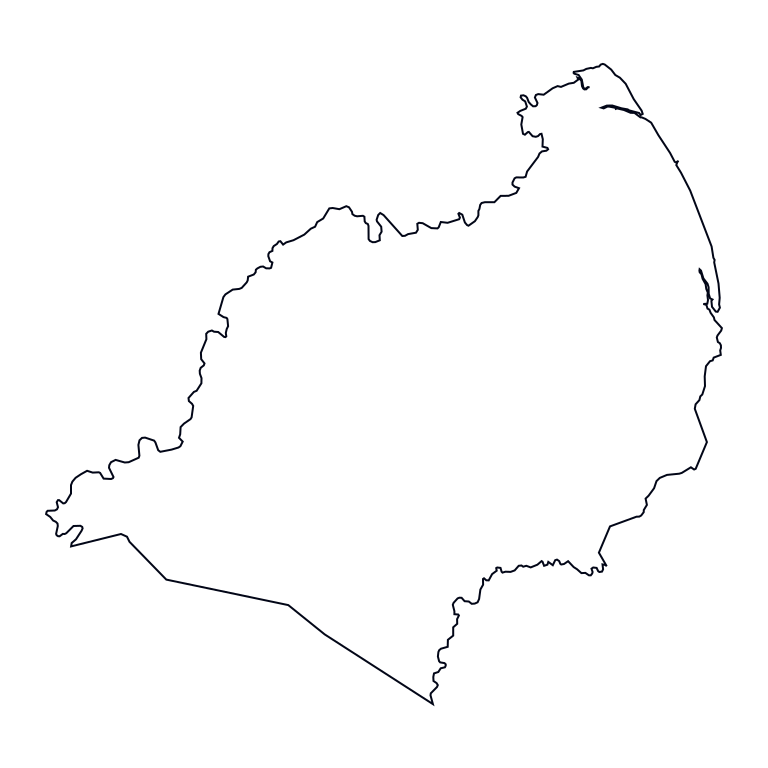 outline of Los Santos, Los Santos, Panama
{"feature_id": "35544464B37461869790758", "entity_name": "Los Santos", "entity_type": "district", "adm_level": 2, "iso_a3": "PAN", "parent_name": "Panama", "parent_adm1": "Los Santos", "projection": "orthographic", "projection_center": [-80.429, 7.876], "detail": "fine", "context": "isolated", "style": "outline", "palette": "ink", "viewbox_px": 768, "rotation_deg": 0, "n_neighbors": 0, "source": "geoboundaries", "source_scale": "gbopen_adm2", "svg_char_len": 6028}
<svg xmlns="http://www.w3.org/2000/svg" viewBox="0 0 768 768"><path d="M280.4,241.2L278.7,241.5L276.9,244.0L273.7,246.1L272.5,248.2L272.4,250.9L269.5,252.2L268.4,254.1L268.3,256.2L270.1,261.3L272.4,262.5L271.1,267.8L269.6,268.4L266.1,268.3L263.1,266.5L260.4,266.8L257.4,268.4L255.9,269.7L255.6,272.3L253.8,274.5L248.1,276.7L247.7,280.4L246.7,282.4L241.7,287.9L239.3,288.9L232.7,289.6L225.4,294.4L223.4,297.1L218.5,313.9L223.5,317.1L226.6,317.9L227.4,319.1L228.1,326.2L226.7,329.1L225.8,333.0L226.3,336.3L225.5,337.1L224.1,336.9L218.2,332.0L214.0,331.7L211.9,330.5L208.2,331.7L206.2,333.8L206.4,339.2L200.9,352.7L201.2,359.2L204.5,363.4L203.8,365.4L200.7,367.8L199.7,370.6L199.9,373.8L201.5,378.1L201.4,383.3L196.6,390.8L193.9,391.9L188.5,398.0L188.9,401.1L192.0,403.8L193.2,405.9L191.6,417.4L190.5,419.1L184.0,423.6L180.6,427.1L180.2,434.3L179.0,437.8L182.7,441.6L180.4,446.2L178.5,447.5L171.6,449.6L160.3,451.8L158.2,450.2L155.4,442.4L154.1,440.6L145.1,437.6L142.0,437.9L139.5,440.3L138.4,444.9L139.4,455.7L138.7,457.7L128.7,462.2L124.8,462.5L115.6,459.9L111.0,462.2L109.3,465.2L109.0,467.8L113.5,477.0L112.9,478.2L111.1,479.0L103.6,478.6L100.1,472.9L98.8,472.3L92.7,472.6L87.1,470.8L81.0,474.2L75.6,477.8L72.4,481.6L71.0,485.1L71.0,493.6L66.0,502.1L64.7,503.2L63.2,503.4L59.1,500.1L58.0,500.1L56.7,502.2L58.0,507.2L57.0,509.3L54.8,510.5L47.6,510.8L46.6,511.9L46.1,514.1L50.2,516.9L53.1,520.5L55.8,521.8L57.5,523.5L57.8,526.0L56.1,533.9L56.7,535.3L58.1,536.2L59.6,536.3L62.8,533.9L64.7,534.0L66.3,533.2L73.5,526.0L80.4,525.8L82.2,526.9L82.6,528.4L81.6,530.7L76.0,539.3L71.7,543.0L71.1,546.4L121.0,534.0L127.0,536.7L129.5,541.8L166.3,579.6L288.3,605.1L324.7,634.4L432.9,704.1L430.5,695.3L430.8,693.3L437.0,687.0L437.8,685.1L436.6,683.1L433.5,681.0L433.3,677.0L434.0,673.4L438.3,672.0L440.7,668.3L444.9,667.3L445.7,665.7L445.7,664.3L444.5,663.1L440.2,662.4L439.1,661.2L437.9,656.5L438.4,652.0L439.2,650.2L441.0,648.7L447.7,646.8L447.9,639.8L453.2,635.6L453.2,627.3L457.2,623.8L457.1,619.1L458.9,615.5L458.2,614.5L454.4,614.2L454.4,611.2L452.8,604.8L453.6,602.8L457.6,598.4L459.4,597.7L461.6,597.8L464.6,601.2L468.8,601.5L471.7,603.8L474.7,603.6L477.6,602.3L479.1,599.0L480.4,589.5L483.1,584.7L483.0,579.0L484.0,578.3L486.3,580.3L488.7,580.4L492.1,574.1L496.7,570.7L496.2,568.1L497.2,567.5L500.5,567.9L501.6,571.7L502.5,572.6L505.5,571.7L510.6,571.9L514.7,570.4L518.7,565.8L521.5,565.5L523.2,566.7L526.3,565.8L530.7,567.4L537.4,564.7L541.6,561.1L542.5,561.7L544.1,565.8L547.4,564.7L548.3,561.9L552.8,565.2L555.2,560.2L557.0,559.6L559.2,561.1L560.3,563.8L561.2,564.5L564.0,564.0L568.1,561.2L573.7,567.1L577.0,569.2L581.4,573.1L585.4,572.9L588.9,575.3L590.8,575.3L592.2,573.5L592.6,572.0L591.5,568.7L593.2,567.5L596.6,567.9L598.2,571.2L599.4,572.0L602.0,571.6L603.1,569.3L602.5,564.4L605.4,565.0L606.7,566.2L598.9,552.7L610.0,526.4L636.5,516.7L639.3,516.6L641.2,515.5L643.7,512.2L643.8,510.0L646.9,504.9L645.6,498.6L648.6,495.7L654.1,488.2L656.5,481.1L659.8,477.9L667.0,474.9L679.2,473.7L681.8,472.9L690.9,467.3L694.1,469.5L695.7,468.8L706.9,442.1L694.8,408.8L695.6,404.3L699.4,400.1L700.3,396.4L702.3,394.5L705.0,386.1L704.7,376.4L706.0,366.2L710.0,361.2L712.7,360.4L713.7,357.6L720.8,354.9L720.2,350.4L721.0,347.9L720.9,345.3L719.8,343.2L717.9,342.0L716.8,337.5L717.5,335.5L721.2,330.6L721.9,328.1L714.5,320.0L713.9,317.4L710.6,312.8L709.4,309.6L707.5,308.6L706.4,304.9L703.3,304.0L707.3,303.7L708.0,300.0L707.4,295.4L707.8,292.6L706.3,289.0L705.6,284.2L702.6,278.8L701.5,274.3L699.7,272.3L699.4,270.7L699.6,269.3L701.0,270.6L703.4,278.4L707.5,283.7L708.6,287.2L708.7,293.8L710.1,298.4L712.5,299.5L711.4,300.9L712.0,306.8L715.8,311.6L717.6,311.8L719.9,307.7L719.1,304.4L719.7,297.8L718.5,283.5L714.2,262.4L714.6,259.9L713.4,257.8L711.6,246.5L690.2,190.6L681.0,172.7L676.3,165.1L677.3,162.1L678.5,160.9L675.9,162.4L674.7,161.8L670.1,153.0L658.4,135.2L651.2,122.7L645.4,118.9L641.5,117.3L640.5,117.4L634.5,112.9L630.6,112.8L624.0,110.0L617.0,108.4L615.8,108.9L615.4,107.8L609.1,106.6L607.4,106.6L603.7,108.4L601.4,107.7L606.8,105.6L612.2,105.5L621.5,108.3L627.7,109.4L629.2,110.4L639.1,113.0L640.7,115.0L642.7,113.9L641.6,110.6L633.7,99.1L625.7,83.8L619.9,77.7L615.3,75.0L611.2,69.6L604.7,64.5L602.8,63.9L600.7,64.6L599.1,66.5L596.4,66.8L592.9,68.3L590.9,67.9L586.3,68.9L583.4,70.4L573.8,71.9L573.6,72.9L574.3,73.7L578.6,75.0L581.8,79.6L583.4,87.9L585.4,88.9L587.7,87.1L589.5,87.1L588.0,87.4L586.2,89.3L584.4,89.4L583.1,88.4L582.0,86.1L581.4,80.9L579.5,78.5L577.5,77.7L578.3,79.5L573.8,82.8L568.8,83.6L561.0,86.9L557.6,86.1L552.6,88.3L543.7,94.7L538.2,94.1L535.9,95.0L534.9,97.5L537.5,103.0L536.8,105.2L535.6,106.2L533.1,106.3L530.8,104.4L528.7,102.0L527.1,97.8L525.8,96.3L523.5,95.3L521.0,95.6L520.6,97.3L522.5,99.7L525.2,101.4L526.9,106.6L525.8,108.7L520.3,110.9L517.5,112.8L518.2,114.1L521.6,115.9L522.6,117.1L521.3,124.5L523.0,133.8L524.9,134.7L527.8,132.1L528.8,131.9L532.6,136.2L535.8,136.8L538.0,136.1L540.0,134.1L541.5,133.8L542.8,139.2L542.5,146.6L547.4,147.9L548.1,149.3L546.4,150.7L542.0,151.4L539.5,153.5L538.1,156.9L527.1,171.5L525.6,176.8L523.2,177.5L516.3,177.4L514.6,178.3L512.5,182.5L512.5,184.6L514.6,186.6L519.0,188.2L516.3,192.9L508.6,195.8L500.6,195.9L494.4,202.2L484.9,202.2L481.6,203.0L480.2,204.9L479.4,209.0L478.4,210.9L478.4,215.3L477.7,217.1L474.9,221.2L468.5,225.7L467.1,225.1L464.9,222.5L462.3,214.7L459.2,213.0L458.4,213.8L459.9,217.6L459.2,219.2L447.6,222.8L440.8,222.0L438.7,227.3L437.5,228.4L431.3,228.1L422.7,223.2L419.0,222.8L417.3,223.8L417.8,229.8L416.0,232.7L408.1,234.1L405.0,235.8L402.3,236.0L383.6,215.1L380.2,213.0L378.2,215.0L376.6,219.8L377.0,221.4L381.2,226.7L381.6,231.7L379.5,235.2L379.8,240.3L375.3,242.1L372.6,242.2L369.9,240.9L368.6,239.1L368.5,225.9L367.8,224.0L365.8,223.1L364.7,221.4L364.4,216.7L362.9,215.8L357.1,216.3L354.6,215.7L352.4,214.1L352.0,211.8L349.0,207.3L346.3,206.2L339.4,209.2L332.7,208.0L329.3,208.4L323.2,218.5L317.2,222.1L315.1,226.7L310.8,228.7L304.3,234.6L293.5,240.2L286.2,242.4L283.1,244.6L280.4,241.2Z" fill="none" stroke="#020617" stroke-width="2"/></svg>